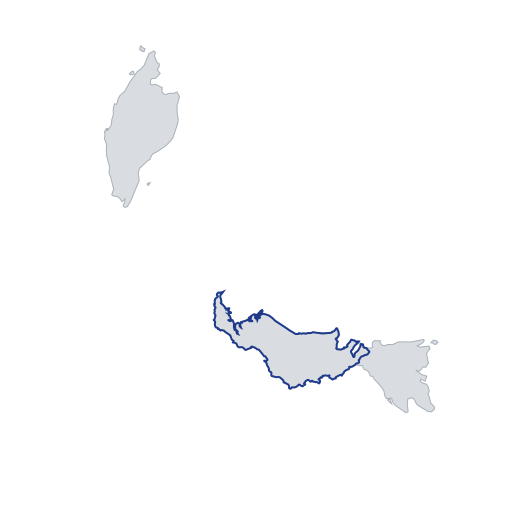 Malaysia, with Sarawak highlighted, rotated 48°
{"feature_id": "MYS-1187", "entity_name": "Sarawak", "entity_type": "State", "adm_level": 1, "iso_a3": "MYS", "parent_name": "Malaysia", "parent_adm1": "", "projection": "mercator", "projection_center": [112.841, 2.907], "detail": "fine", "context": "in_parent", "style": "outline", "palette": "blue", "viewbox_px": 512, "rotation_deg": 48, "n_neighbors": 0, "source": "natural_earth", "source_scale": "10m", "svg_char_len": 9754}
<svg xmlns="http://www.w3.org/2000/svg" viewBox="0 0 512 512"><g transform="rotate(48 256 256)"><path d="M449.3,254.5L446.4,254.0L442.2,251.4L438.0,250.5L425.8,250.5L424.1,249.7L421.7,251.2L417.5,249.9L415.0,250.1L412.3,251.6L408.5,250.3L406.7,252.5L404.2,254.0L401.6,260.0L401.0,267.3L401.5,271.8L400.3,274.3L399.8,279.4L398.8,281.6L395.4,282.6L393.9,281.8L390.8,284.9L390.1,286.2L390.0,291.1L392.3,292.7L392.3,293.8L387.3,297.9L383.0,300.3L382.3,302.4L384.0,306.7L383.3,308.8L381.0,309.8L379.3,315.4L377.2,318.9L376.4,319.3L373.5,318.1L361.9,319.7L358.5,322.6L355.3,324.4L352.7,322.7L351.4,322.8L340.6,319.7L340.2,317.0L339.1,316.5L328.0,316.7L321.1,319.6L318.5,326.6L314.8,327.3L312.1,329.8L307.3,329.5L304.4,330.1L299.7,329.0L295.3,328.8L281.1,333.3L276.6,330.1L262.8,317.6L260.8,315.4L260.4,311.6L258.9,310.8L258.3,309.8L258.1,308.7L260.2,305.6L262.4,309.6L265.8,311.8L271.8,313.4L277.4,312.9L285.1,317.0L287.7,317.6L290.4,317.4L295.2,320.5L298.2,320.6L294.2,318.5L293.5,316.8L294.0,315.0L296.5,312.5L296.9,308.6L298.8,304.7L299.2,302.9L297.8,301.5L297.5,299.2L298.6,295.9L301.2,297.6L303.4,297.2L303.4,291.1L305.1,288.5L307.7,286.8L334.2,280.7L338.6,279.3L341.5,277.5L351.1,264.8L362.4,252.8L364.0,248.5L363.9,245.6L364.5,244.9L365.8,244.4L368.3,246.0L369.6,247.2L371.9,252.3L374.2,252.5L377.8,257.4L378.7,258.0L379.8,257.7L382.7,254.6L383.5,252.2L382.9,251.9L384.2,249.2L383.0,247.5L382.0,241.4L388.7,237.1L388.7,242.1L390.6,249.3L393.9,250.3L395.6,249.9L394.7,247.7L394.4,243.5L393.5,240.7L391.4,237.1L397.0,236.3L401.2,232.5L401.9,230.1L399.1,228.6L398.1,226.8L398.0,224.8L402.4,220.3L402.9,221.6L405.7,222.0L407.0,221.9L408.9,220.0L409.9,217.4L413.3,213.6L415.1,207.7L423.6,198.3L430.3,187.1L431.7,188.0L432.1,191.0L430.6,196.3L433.6,195.0L438.7,187.6L441.6,188.8L441.5,190.9L442.6,194.6L451.0,199.5L452.2,204.3L450.3,206.1L451.0,210.8L450.3,212.2L447.6,213.6L455.1,212.2L459.5,209.5L462.2,214.1L457.9,215.9L458.8,217.8L462.9,216.7L465.3,215.1L467.8,215.4L471.7,217.3L472.8,218.4L473.6,220.6L476.4,221.4L482.2,224.5L487.5,224.4L489.3,226.0L489.2,230.0L486.4,232.3L475.4,235.6L472.5,235.5L468.5,234.3L465.6,235.0L463.8,238.8L467.1,242.6L472.8,246.6L473.6,247.6L472.5,249.5L459.6,252.6L456.9,252.3L452.2,250.4L449.3,254.5ZM34.0,200.2L35.3,194.7L37.3,194.5L39.3,197.6L46.1,200.1L48.1,199.3L49.1,199.8L50.0,200.6L51.9,204.9L56.2,205.0L56.7,211.8L54.7,214.5L54.5,216.3L57.6,219.5L59.5,218.7L61.0,215.8L68.1,213.0L71.1,216.1L73.7,216.1L75.7,215.0L77.2,211.3L80.0,208.5L81.1,205.0L85.2,205.9L86.8,206.7L91.4,214.1L97.5,219.3L102.1,222.2L104.8,225.0L112.4,238.3L113.3,242.6L113.7,249.2L112.5,259.1L111.1,264.1L111.4,266.4L113.3,270.0L112.7,273.4L113.0,284.0L115.3,287.8L121.8,292.4L131.5,312.8L133.2,318.6L132.2,320.8L130.5,321.4L129.0,320.2L128.1,317.4L125.9,315.2L126.1,319.2L121.9,318.7L119.0,319.3L115.6,322.1L113.9,322.2L111.0,317.0L100.1,311.2L96.0,309.7L91.8,305.2L82.2,300.3L76.1,295.5L73.5,292.6L67.3,290.0L64.6,286.9L61.9,285.2L63.3,282.2L62.1,276.4L57.7,271.2L55.5,267.5L51.4,263.9L48.1,259.4L50.1,258.0L46.9,253.2L45.7,249.7L45.7,243.0L42.4,233.7L39.5,220.7L40.0,216.1L39.3,211.2L34.0,200.2ZM439.0,182.8L437.5,184.1L437.2,180.6L439.1,178.8L441.9,178.4L442.0,181.6L441.3,182.4L439.0,182.8ZM27.5,199.7L29.2,202.2L27.9,203.7L26.9,203.3L25.0,204.5L23.0,202.0L22.7,200.8L25.2,201.0L27.5,199.7ZM302.1,296.3L301.4,296.7L300.3,295.8L300.0,288.6L300.8,287.9L301.9,289.3L302.1,296.3ZM39.2,224.9L37.4,228.3L35.7,228.0L36.0,224.0L37.0,223.5L39.2,224.9ZM456.7,254.1L453.4,254.6L451.1,254.5L451.4,252.6L452.5,252.3L456.7,254.1ZM131.6,288.8L129.8,288.9L129.4,288.0L130.7,285.5L131.6,288.8ZM62.5,282.7L61.3,283.1L61.4,281.6L62.3,280.8L62.5,282.7Z" fill="#d9dde1" stroke="#a8b0b8" stroke-width="1"/><path d="M396.3,251.1L396.6,250.7L396.6,250.2L394.8,248.2L394.5,247.3L394.4,246.2L394.6,244.0L394.5,243.4L393.0,238.9L392.4,238.0L391.5,237.4L391.5,236.9L392.3,236.9L392.5,236.7L392.8,235.9L393.0,235.7L393.4,235.7L393.7,236.2L394.8,236.4L395.3,237.0L396.2,237.1L396.8,236.8L398.1,235.6L400.3,235.8L402.1,235.7L402.8,235.7L403.2,236.1L403.7,238.9L403.2,240.4L402.5,241.2L402.2,243.0L401.3,244.7L401.4,246.7L401.9,247.9L402.1,249.3L402.2,249.5L403.2,249.8L403.6,250.1L403.9,250.6L404.1,251.1L403.8,252.1L403.0,253.3L403.0,254.2L403.2,255.1L402.8,257.6L402.5,258.7L401.9,259.8L400.9,260.5L400.8,261.0L402.0,262.0L402.1,262.8L401.1,265.5L401.0,267.4L401.1,268.0L401.7,269.4L401.7,270.7L402.1,271.4L402.3,272.2L402.0,272.5L401.3,272.3L400.8,272.8L400.4,273.9L399.5,277.5L399.5,277.9L400.3,278.7L399.5,279.8L399.1,281.7L397.7,282.0L396.2,282.6L395.4,282.8L394.7,282.4L394.1,281.5L393.8,281.4L393.0,282.9L391.0,284.5L390.4,285.8L389.7,286.4L389.7,286.8L390.4,287.6L390.5,288.1L390.3,288.7L389.5,289.0L389.4,289.3L389.7,290.2L389.4,291.7L389.7,292.1L390.8,291.8L391.7,292.0L392.6,293.1L392.9,294.1L392.6,294.6L391.0,294.8L390.5,295.1L389.6,296.2L388.9,296.6L387.4,297.7L386.5,297.6L386.2,297.8L386.0,298.3L386.1,299.2L386.0,299.5L385.3,299.7L383.5,299.9L382.8,300.3L382.4,301.3L382.2,303.0L382.5,303.6L382.6,304.8L382.8,305.4L384.0,305.2L384.3,305.3L384.4,306.0L384.0,307.2L384.0,308.6L383.7,308.8L382.4,309.4L380.9,309.6L380.4,310.0L380.2,310.5L380.4,311.9L380.2,313.5L379.7,314.8L379.1,315.8L377.9,316.9L377.6,317.3L377.8,318.9L377.6,319.3L377.2,319.7L376.7,319.8L376.2,319.7L374.3,318.3L373.7,318.1L373.2,318.0L369.1,319.6L368.4,320.0L368.1,319.9L367.4,319.2L366.5,319.0L365.5,319.0L362.1,319.5L361.1,320.1L359.7,322.0L355.9,324.5L355.3,324.6L354.6,324.3L353.4,322.9L352.9,322.6L352.4,322.6L351.0,323.1L349.9,323.0L348.1,321.7L347.0,321.3L344.2,320.8L343.4,320.2L342.6,319.8L341.7,319.7L339.5,320.1L339.4,320.0L339.5,319.7L340.6,318.8L341.0,317.8L341.0,317.3L340.8,316.9L339.8,316.5L338.3,316.5L337.0,316.2L336.6,316.3L336.0,317.0L335.7,317.1L334.9,316.9L327.8,316.5L327.3,316.7L326.1,317.6L323.7,318.0L320.9,319.4L320.5,319.7L320.3,320.3L320.4,320.5L321.0,320.5L321.1,321.0L320.3,322.7L318.9,326.6L317.9,326.9L316.0,326.8L314.5,327.3L312.4,329.8L311.0,330.2L308.4,329.3L307.7,329.3L305.7,330.1L305.1,330.9L304.8,331.0L304.3,329.7L304.1,329.5L303.7,329.5L302.3,329.9L301.8,329.9L298.0,328.3L297.6,328.2L292.2,329.6L290.0,329.8L289.4,330.1L288.0,331.2L287.8,331.6L287.7,332.2L287.5,332.3L287.1,332.1L286.3,332.5L285.8,332.4L284.8,333.1L284.5,333.0L283.9,332.6L283.7,332.6L283.2,333.1L282.2,333.6L281.1,333.4L280.0,332.9L279.1,332.2L277.7,330.5L276.2,330.1L275.6,330.3L275.3,330.2L275.2,329.1L273.1,325.9L272.7,325.7L270.8,325.3L270.3,324.9L269.8,324.0L269.4,323.6L268.2,322.9L267.5,321.0L267.2,320.6L266.7,320.4L265.3,320.4L264.9,320.1L264.3,318.9L263.7,319.1L263.7,318.5L263.5,318.2L261.4,316.4L260.7,315.3L260.5,313.8L260.7,311.9L260.5,311.4L260.1,311.3L258.8,311.2L258.1,310.4L257.9,308.5L258.9,307.5L259.6,306.6L260.2,305.5L260.6,304.3L261.1,306.6L260.8,307.7L261.8,309.3L262.7,310.1L264.2,310.7L266.4,311.9L267.3,313.6L268.9,313.6L270.0,313.3L273.1,313.3L274.1,313.8L275.1,313.2L276.0,314.0L276.4,313.2L276.2,312.7L276.2,311.7L276.5,311.2L276.9,310.9L277.2,311.1L277.4,311.7L277.7,312.2L277.8,313.0L278.3,313.4L279.1,313.5L279.3,313.4L279.6,312.9L281.2,312.4L281.5,312.8L281.0,313.5L280.7,314.6L280.1,315.3L281.1,315.0L281.7,315.4L281.8,315.8L282.1,315.9L283.1,315.6L286.4,317.0L286.7,317.6L286.5,318.2L285.2,319.2L285.2,319.4L286.3,319.3L287.2,318.6L287.5,318.2L287.3,316.9L287.9,316.4L289.0,316.6L291.1,317.4L292.1,318.1L293.9,319.9L296.2,321.2L296.5,321.3L297.1,321.2L298.4,320.6L299.2,321.0L300.0,321.7L301.0,322.1L302.0,321.6L300.6,321.3L300.1,320.3L299.1,320.0L298.4,320.1L297.6,320.5L296.6,320.4L295.5,319.4L294.4,319.0L294.0,318.7L293.6,317.6L293.1,317.1L293.0,316.8L293.0,315.9L293.5,314.2L293.8,313.9L295.7,313.6L296.1,313.8L296.7,314.8L297.1,315.1L298.0,314.8L298.7,315.3L299.2,315.1L298.5,314.9L298.1,314.5L297.0,314.3L296.9,314.1L296.6,313.6L295.9,313.2L295.3,312.3L295.1,311.6L296.0,311.2L295.5,310.6L295.6,310.2L297.0,307.4L297.7,305.1L297.8,304.6L298.6,304.7L299.2,304.6L298.6,304.1L298.6,303.5L298.9,303.2L300.9,303.6L301.3,303.2L301.9,302.4L301.6,302.2L301.3,302.3L301.1,302.5L300.9,303.1L300.7,303.2L299.8,302.7L299.3,302.6L297.3,302.8L297.1,302.0L297.3,301.6L297.6,301.2L298.1,301.0L298.6,301.1L298.3,300.6L297.4,300.4L297.3,300.2L297.8,297.0L298.1,296.3L298.7,295.9L298.9,296.3L300.0,296.7L300.9,297.7L301.6,298.1L302.5,297.6L303.5,297.4L304.6,298.0L304.4,297.6L303.0,296.1L302.5,294.7L304.5,295.0L304.9,294.6L305.3,294.6L303.8,294.1L302.9,293.4L302.8,292.4L303.3,290.0L303.8,289.4L305.5,288.1L308.8,286.2L313.3,285.3L317.0,285.1L330.3,281.6L334.0,280.8L335.4,280.3L339.8,279.0L340.6,278.6L341.9,277.2L342.4,276.3L342.1,275.8L344.3,274.0L345.2,272.5L347.1,270.9L347.5,270.2L347.8,269.1L348.3,268.7L349.8,267.0L350.3,266.0L350.8,264.5L352.2,263.5L358.0,258.5L363.0,252.0L363.5,250.9L363.3,250.0L363.8,249.2L364.1,248.2L364.0,247.0L363.5,244.8L363.7,244.4L364.2,244.2L365.8,245.0L367.1,245.2L368.4,246.0L369.2,246.5L369.4,246.9L370.1,247.1L370.2,247.6L370.6,248.1L370.8,248.8L370.8,249.5L371.1,250.0L371.3,251.0L370.8,251.7L371.0,252.3L372.8,252.5L374.2,252.4L374.5,252.7L375.0,254.2L375.6,255.1L377.8,257.0L378.2,258.1L379.2,258.2L380.3,257.5L382.5,255.4L383.0,253.6L383.7,252.4L383.6,252.0L382.9,252.3L382.8,251.8L384.0,250.5L384.4,249.2L384.4,248.5L383.4,248.2L383.0,247.6L382.7,243.4L381.9,241.6L381.9,241.2L383.4,240.3L384.6,239.3L385.1,239.2L386.4,239.3L386.8,239.0L387.1,237.9L388.4,236.7L388.6,237.2L388.7,239.0L388.6,240.9L388.7,242.8L388.9,243.8L389.9,246.6L390.2,248.9L390.7,249.5L392.1,250.0L392.6,250.1L393.3,250.0L394.1,250.5L394.6,250.5L395.8,251.1L396.3,251.1ZM302.6,296.9L302.6,297.4L302.2,297.1L301.7,297.7L301.0,296.4L300.3,296.0L300.2,295.5L300.4,293.5L300.0,289.5L300.0,288.3L300.4,287.6L301.2,287.9L301.7,288.6L301.9,289.6L301.9,293.8L302.1,295.5L302.6,296.9Z" fill="none" stroke="#1e3a8a" stroke-width="2"/></g></svg>